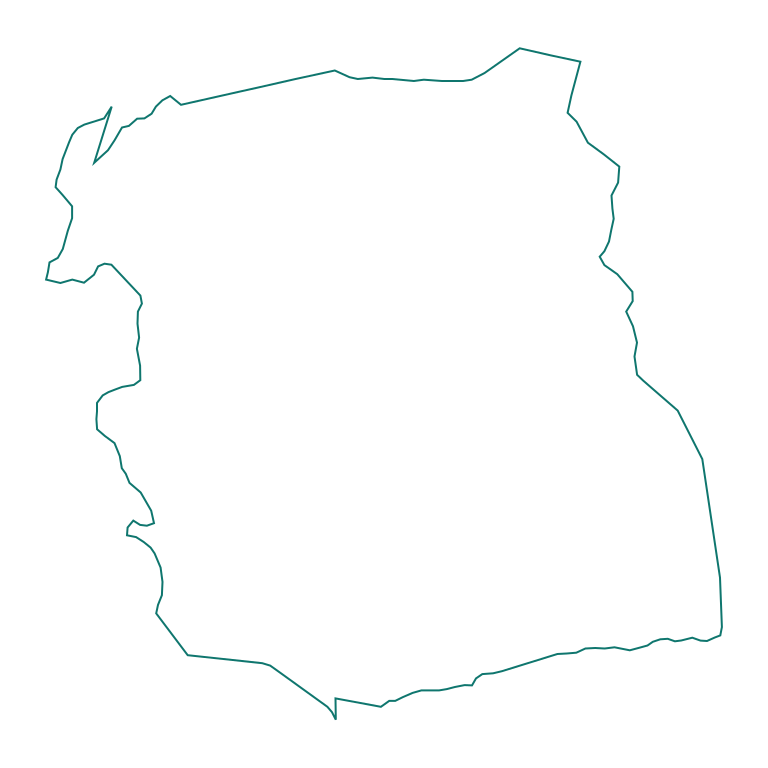 the district of São José de Espinharas, Paraíba, Brazil
{"feature_id": "56859067B13371675739856", "entity_name": "São José de Espinharas", "entity_type": "district", "adm_level": 2, "iso_a3": "BRA", "parent_name": "Brazil", "parent_adm1": "Paraíba", "projection": "equal_earth", "projection_center": [-37.406, -6.814], "detail": "fine", "context": "isolated", "style": "outline", "palette": "teal", "viewbox_px": 768, "rotation_deg": 0, "n_neighbors": 0, "source": "geoboundaries", "source_scale": "gbopen_adm2", "svg_char_len": 2155}
<svg xmlns="http://www.w3.org/2000/svg" viewBox="0 0 768 768"><path d="M619.3,166.6L604.0,154.5L587.9,142.7L576.6,121.7L567.6,112.8L571.4,95.4L580.4,61.7L550.9,55.4L519.7,48.3L484.6,73.0L471.7,79.7L463.1,81.0L452.4,81.0L441.9,81.0L423.8,79.7L413.9,81.0L392.4,79.0L384.3,79.0L372.5,77.6L357.8,79.0L349.5,77.2L334.8,70.5L295.6,79.0L257.3,87.7L238.4,91.9L181.0,104.8L170.2,96.0L162.4,100.3L155.9,106.6L151.6,113.7L144.4,118.4L137.1,118.7L128.9,125.9L122.0,127.5L114.5,140.4L108.0,150.2L101.1,156.5L94.2,162.8L111.7,106.6L104.1,118.4L84.3,124.6L77.8,128.0L72.3,134.7L69.1,142.2L62.6,159.1L60.4,169.5L56.6,179.6L55.6,187.2L62.6,195.0L72.1,206.3L72.1,218.2L67.8,230.8L62.8,249.0L57.8,257.9L49.5,262.4L47.9,272.2L46.1,279.6L60.4,283.0L72.3,279.6L84.0,282.7L94.0,274.7L98.1,266.4L104.5,263.7L111.4,264.7L140.4,295.6L141.9,303.6L137.9,311.6L137.5,323.7L139.1,337.6L136.9,348.8L140.1,365.7L140.3,380.2L133.9,384.9L122.2,386.9L115.2,389.5L108.5,392.1L102.7,395.4L97.0,402.9L97.0,411.4L96.4,419.2L97.1,429.3L104.9,436.0L114.5,443.1L119.8,456.1L121.8,468.2L125.8,473.8L129.5,482.9L140.7,492.5L151.2,510.7L154.0,523.2L146.9,525.7L140.1,524.9L133.3,520.6L127.6,527.5L127.0,535.3L136.1,537.1L143.7,542.0L150.6,547.6L154.6,553.4L160.6,567.6L162.5,581.9L161.9,595.2L158.0,604.9L156.2,613.4L187.7,655.2L262.3,663.2L270.2,665.6L280.7,673.1L327.4,706.8L332.0,712.2L335.8,719.7L335.5,698.4L380.9,706.8L389.2,700.9L395.2,700.9L402.9,697.1L412.6,692.9L421.4,690.4L428.5,690.4L439.1,690.4L446.8,689.1L454.9,687.0L464.6,685.1L472.0,685.4L476.0,678.4L482.3,674.1L493.1,673.3L501.9,671.2L547.7,657.0L557.4,654.0L566.7,653.5L576.3,652.7L585.4,648.5L595.2,648.0L604.7,648.5L614.5,647.3L623.2,649.0L629.8,650.3L639.5,647.7L647.5,645.5L652.8,641.8L660.3,639.3L667.8,638.8L674.9,641.3L681.2,640.5L692.3,637.7L700.5,640.6L707.0,641.0L714.8,637.5L720.3,635.4L721.9,627.1L720.0,577.6L702.3,459.1L677.7,410.6L643.3,380.7L637.1,374.8L634.5,356.5L637.0,342.6L633.0,326.3L626.2,311.6L632.7,301.1L632.4,291.8L617.3,274.2L604.4,265.1L599.7,256.7L604.4,251.2L609.0,241.5L611.3,229.8L613.7,218.8L612.4,208.5L611.5,195.5L618.1,182.6L619.3,166.6Z" fill="none" stroke="#0f766e" stroke-width="2"/></svg>